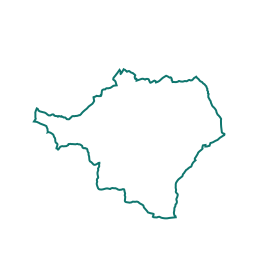 outline of Fosca, Cundinamarca, Colombia, rotated 22°
{"feature_id": "7082276B26264709784086", "entity_name": "Fosca", "entity_type": "district", "adm_level": 2, "iso_a3": "COL", "parent_name": "Colombia", "parent_adm1": "Cundinamarca", "projection": "natural_earth1", "projection_center": [-73.944, 4.318], "detail": "fine", "context": "isolated", "style": "outline", "palette": "teal", "viewbox_px": 256, "rotation_deg": 22, "n_neighbors": 0, "source": "geoboundaries", "source_scale": "gbopen_adm2", "svg_char_len": 5791}
<svg xmlns="http://www.w3.org/2000/svg" viewBox="0 0 256 256"><g transform="rotate(22 128 128)"><path d="M205.7,192.9L205.1,192.0L204.2,191.8L203.4,191.2L202.3,189.5L201.7,186.7L201.3,185.7L201.0,184.7L201.0,184.0L201.2,183.4L201.2,182.8L200.7,181.1L201.0,180.4L201.2,180.1L201.2,178.9L201.0,178.2L200.6,177.4L199.8,176.5L199.5,175.9L199.4,175.5L199.5,173.9L199.4,172.6L199.2,171.4L198.7,170.7L197.1,170.0L196.5,169.6L196.2,169.2L195.8,167.4L194.6,165.6L194.1,164.2L193.3,162.2L193.1,160.9L193.4,159.0L193.9,157.1L194.2,156.4L196.3,152.7L196.5,152.1L196.3,150.6L196.4,149.9L196.9,148.6L197.0,147.8L197.7,145.0L198.6,143.9L198.9,143.0L199.4,142.2L199.8,141.5L200.9,140.3L201.1,139.9L201.1,138.9L201.0,138.1L201.2,136.2L201.7,134.6L202.7,132.6L201.8,132.1L201.5,131.7L201.4,131.0L201.7,129.8L202.3,126.2L202.3,124.6L202.7,123.5L203.6,121.8L204.1,121.0L204.8,119.4L204.8,119.0L204.3,118.4L204.0,116.8L204.0,116.0L206.2,114.7L206.7,116.2L208.2,115.5L209.0,114.9L209.6,114.3L210.2,114.0L210.1,111.0L211.2,110.2L212.1,109.4L213.9,107.1L215.5,105.5L216.9,102.6L218.9,99.8L219.3,99.1L219.8,98.7L219.9,98.3L219.7,97.5L219.5,97.3L219.1,97.3L218.7,97.4L217.4,97.2L216.8,97.0L216.5,96.6L214.0,92.1L212.9,89.8L211.2,85.8L211.0,84.8L210.7,84.5L209.0,83.3L208.1,82.9L207.3,82.4L206.2,82.1L204.3,80.4L203.1,78.7L201.7,77.7L200.0,76.8L198.5,76.3L197.4,75.5L196.7,74.7L195.7,73.8L194.7,72.4L194.1,71.8L193.1,71.2L192.3,70.4L191.0,69.4L190.1,67.4L190.1,66.3L190.0,66.2L189.1,65.9L188.6,64.3L187.2,63.2L187.1,62.8L187.0,62.1L185.7,61.0L185.0,60.0L183.9,59.6L182.8,58.9L180.7,58.4L179.6,57.7L177.9,57.6L176.6,57.2L175.8,56.6L174.8,56.1L173.6,55.8L172.0,54.9L171.7,55.4L170.5,57.0L170.0,58.7L169.3,59.9L168.0,60.5L167.1,60.4L166.4,60.8L165.1,62.5L164.6,62.8L163.2,63.1L161.5,64.4L159.7,65.1L157.8,65.3L157.4,65.5L156.9,66.4L155.3,67.5L153.2,68.2L152.1,68.7L151.9,68.5L151.3,67.7L150.4,67.1L150.4,66.4L149.2,65.2L148.8,65.2L148.5,65.1L148.1,65.5L147.8,65.7L147.0,65.6L145.5,65.3L143.8,65.3L142.6,66.9L141.4,68.6L140.9,69.6L139.5,72.5L138.5,73.8L137.1,75.1L136.8,75.3L136.0,74.2L134.7,74.2L134.0,75.0L132.8,76.7L131.9,77.6L131.6,77.6L130.8,77.0L129.1,75.3L128.8,75.1L128.0,75.1L126.4,75.7L125.7,76.7L124.1,76.6L123.8,76.8L123.2,76.8L122.3,77.3L118.2,80.9L117.7,79.5L117.2,79.2L116.8,79.3L116.5,79.7L116.1,79.6L115.1,78.3L115.0,77.8L115.0,76.4L114.0,75.9L112.9,75.7L112.4,75.4L111.9,75.3L110.0,75.4L109.2,75.2L108.8,75.0L107.6,74.8L107.0,75.2L106.2,76.0L105.9,76.2L105.2,75.7L104.5,75.8L103.4,75.2L102.5,75.3L102.0,75.2L101.5,78.8L101.1,80.4L100.9,80.6L100.7,80.4L100.3,79.2L99.9,78.5L99.1,77.8L98.4,77.3L97.3,81.9L96.9,83.0L96.9,83.4L95.8,86.9L96.0,88.3L96.1,88.5L96.4,88.7L97.9,89.0L99.0,89.6L100.4,91.4L101.5,92.7L99.5,93.8L98.6,94.4L97.8,95.7L96.7,97.3L94.8,98.6L93.2,99.2L92.9,99.5L92.3,100.8L91.2,101.2L90.6,101.7L90.0,102.4L89.9,103.4L90.9,107.1L90.9,107.3L90.5,107.5L90.9,108.2L90.8,108.6L88.8,109.5L86.7,110.0L86.4,110.6L86.0,111.1L84.5,112.3L84.7,112.9L85.1,113.2L85.4,113.9L86.5,115.6L86.3,117.3L85.9,118.9L83.5,122.8L82.9,124.6L82.2,126.2L81.8,126.7L80.2,129.9L79.4,132.0L79.3,132.7L78.5,134.2L77.8,134.5L76.6,135.6L75.9,136.0L74.5,136.7L73.6,137.3L72.9,137.4L72.0,137.9L71.6,138.5L71.1,139.9L70.6,140.6L70.5,141.3L70.1,141.9L69.6,142.2L68.0,142.7L67.8,142.7L67.0,142.2L65.7,141.8L64.8,142.2L64.3,142.4L63.2,142.1L62.5,142.4L62.0,142.0L61.7,142.0L61.1,142.7L60.1,142.7L59.4,142.8L59.2,143.0L58.9,143.7L58.7,143.8L57.7,143.5L57.1,143.8L56.0,144.1L55.1,144.1L54.8,144.0L54.2,143.5L53.8,143.4L53.4,143.5L52.7,143.8L52.3,144.2L51.2,145.5L49.7,146.0L47.9,145.6L47.0,145.2L45.2,144.9L44.3,145.0L43.2,145.2L40.1,145.6L38.6,145.4L37.6,144.5L37.1,144.1L36.1,144.0L36.1,146.7L36.3,148.5L36.9,149.7L38.0,152.5L38.3,153.1L39.0,154.0L38.4,157.2L41.0,156.5L43.7,156.6L44.8,156.8L49.5,156.7L51.3,156.8L51.7,156.9L52.4,157.8L53.7,159.0L54.4,160.5L55.0,161.3L55.1,162.1L55.6,161.6L56.6,161.5L57.8,161.4L60.5,161.9L61.6,162.5L62.1,163.2L63.0,164.1L64.0,164.7L64.8,165.8L65.3,167.0L66.2,168.3L66.9,168.7L68.2,169.0L68.8,169.7L69.1,171.5L69.1,172.9L69.3,173.7L70.4,173.6L71.0,174.2L71.4,174.1L71.6,173.6L72.0,171.6L72.2,171.0L72.7,170.3L73.6,169.6L74.0,169.4L75.2,169.1L77.6,167.9L78.9,166.3L78.8,165.6L78.9,165.2L79.5,165.0L80.3,164.4L81.5,164.1L82.8,163.6L85.4,162.8L87.0,161.7L88.1,161.7L89.2,161.3L90.3,161.3L92.0,161.7L92.3,161.9L93.1,163.1L93.7,163.3L94.8,163.3L95.4,162.8L95.6,162.7L96.6,162.8L97.4,162.6L97.9,162.8L98.5,163.4L99.4,164.8L100.0,165.3L100.5,165.6L100.8,165.8L101.1,166.9L101.7,167.9L102.5,168.8L104.2,172.1L104.7,172.7L105.4,173.2L106.7,173.4L107.5,173.7L109.6,174.7L110.4,174.8L111.3,174.4L111.8,174.0L112.8,172.9L113.7,171.5L114.1,171.2L114.5,171.0L114.7,171.4L114.8,172.5L115.5,174.0L115.7,174.5L115.4,176.8L115.6,177.2L116.0,177.8L116.2,178.2L116.3,180.0L116.5,181.1L117.2,182.5L118.7,184.7L118.9,185.1L118.9,185.6L118.5,186.5L118.5,187.4L118.8,188.3L119.6,189.4L119.6,190.1L119.8,191.2L120.2,192.0L121.4,193.5L122.9,195.1L123.7,195.5L124.5,195.6L126.3,195.1L127.7,194.3L130.2,192.4L131.3,191.8L133.3,191.4L134.2,191.3L134.5,191.1L135.0,190.2L136.2,189.4L137.0,189.3L138.4,188.8L138.7,188.6L140.3,188.5L141.7,188.8L143.2,188.6L144.9,187.7L146.2,186.6L147.0,186.4L147.4,186.4L147.8,186.9L148.7,188.3L149.8,189.7L150.0,190.3L150.1,191.5L150.4,191.9L151.1,192.6L151.3,193.0L152.3,196.5L152.5,196.9L153.2,197.4L154.1,197.4L157.5,196.6L159.0,195.7L159.9,194.6L160.3,194.4L162.2,193.8L163.8,192.9L165.3,192.8L166.5,193.3L167.4,193.5L170.2,193.8L171.2,194.1L171.6,194.5L172.4,195.6L172.7,195.8L177.0,198.0L178.1,198.8L180.6,198.6L183.4,198.1L184.0,198.2L184.2,198.8L184.3,201.0L184.9,201.1L185.4,201.1L188.3,200.1L189.1,199.3L189.9,198.8L190.2,198.6L191.0,198.6L192.1,198.7L193.3,198.6L195.5,198.1L196.9,197.6L198.1,197.1L200.4,195.7L205.7,192.9Z" fill="none" stroke="#0f766e" stroke-width="2"/></g></svg>